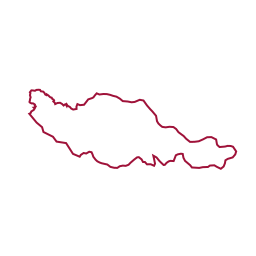 the district of Vavla, Larnaca, Cyprus, rotated 318°
{"feature_id": "46923920B22137462845739", "entity_name": "Vavla", "entity_type": "district", "adm_level": 2, "iso_a3": "CYP", "parent_name": "Cyprus", "parent_adm1": "Larnaca", "projection": "albers", "projection_center": [33.273, 34.838], "detail": "fine", "context": "isolated", "style": "outline", "palette": "rose", "viewbox_px": 256, "rotation_deg": 318, "n_neighbors": 0, "source": "geoboundaries", "source_scale": "gbopen_adm2", "svg_char_len": 2269}
<svg xmlns="http://www.w3.org/2000/svg" viewBox="0 0 256 256"><g transform="rotate(318 128 128)"><path d="M64.2,51.4L63.9,58.2L63.7,62.8L64.7,69.9L62.5,74.4L66.4,84.3L65.8,90.3L71.9,97.8L69.8,110.4L72.9,117.0L74.9,116.4L78.3,116.9L79.9,119.0L83.3,119.7L84.7,121.6L83.9,124.1L83.0,126.1L82.7,129.8L82.9,132.2L83.8,134.6L84.8,136.5L86.2,138.5L88.2,141.3L88.9,145.1L91.1,148.3L93.4,150.5L96.3,150.9L99.0,152.5L101.0,154.6L103.8,155.7L106.7,155.5L111.5,155.6L115.1,155.9L116.5,156.9L117.1,160.4L116.4,163.3L117.8,164.6L117.8,167.7L120.6,170.1L122.1,173.5L124.2,172.6L126.8,168.2L128.3,165.5L129.5,169.0L129.3,173.4L129.4,175.8L129.7,179.3L130.7,180.0L133.4,179.7L135.8,180.0L137.4,180.7L139.8,183.1L145.3,180.3L147.4,180.9L150.1,182.5L151.3,183.9L149.3,187.2L148.4,190.6L149.3,197.2L149.1,200.1L154.2,205.3L157.3,207.1L161.4,210.5L163.7,210.7L167.2,213.5L167.5,214.5L168.0,216.2L169.7,220.4L173.2,220.6L173.3,220.6L176.4,219.1L178.8,217.2L181.5,217.7L186.1,219.9L190.0,219.4L192.0,218.2L192.7,217.8L193.5,212.2L192.3,210.1L190.0,207.9L188.0,206.9L187.4,206.5L183.3,203.4L183.0,200.5L183.3,199.5L185.8,195.5L183.9,190.6L181.8,188.8L180.6,187.8L176.0,186.6L171.7,185.2L168.1,182.7L164.8,179.8L164.0,174.9L164.0,171.2L163.5,168.9L162.7,164.9L163.1,161.0L162.4,157.7L159.7,154.9L156.4,152.7L154.2,150.1L153.8,147.8L153.6,145.0L154.1,142.4L157.0,137.7L157.2,131.9L157.1,128.9L157.2,123.9L157.9,117.9L155.6,114.9L150.4,113.1L147.9,111.3L145.5,108.1L142.1,104.5L141.6,100.8L140.4,97.0L138.4,94.1L136.9,91.4L135.0,88.7L132.5,86.3L129.2,84.0L127.9,81.3L125.2,81.6L122.8,82.1L121.2,81.7L117.6,80.1L114.9,80.6L110.9,81.3L107.6,78.9L106.4,76.4L104.0,77.6L102.5,79.4L99.6,77.6L98.8,75.5L98.9,73.6L98.0,71.0L98.2,69.8L97.2,70.5L97.6,68.6L96.9,68.3L95.2,68.2L95.1,66.1L94.4,63.8L92.3,62.2L89.9,61.5L90.5,60.2L90.3,58.3L91.5,58.1L91.7,57.2L91.2,55.7L91.6,54.4L90.9,53.4L90.7,52.5L90.6,50.5L90.1,48.6L89.4,49.0L88.9,47.8L89.4,45.8L89.3,44.2L87.8,42.4L88.1,40.8L87.1,39.7L85.4,38.4L83.8,38.1L82.3,36.3L81.4,35.4L79.0,35.8L78.9,36.7L77.1,38.0L76.2,40.0L74.5,41.0L73.5,41.9L72.2,42.7L72.2,43.8L72.9,45.4L73.8,46.0L74.2,47.0L74.5,48.3L73.5,49.1L73.9,50.2L72.4,50.7L71.6,50.0L71.6,51.1L70.1,51.5L67.1,51.0L65.9,51.7L64.5,51.5L64.2,51.4Z" fill="none" stroke="#9f1239" stroke-width="2"/></g></svg>